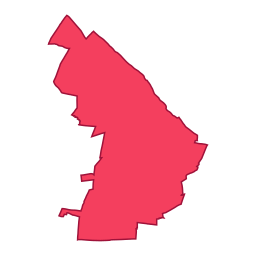 Predesti, Dolj, Romania
{"feature_id": "2599482B93279988577688", "entity_name": "Predesti", "entity_type": "district", "adm_level": 2, "iso_a3": "ROU", "parent_name": "Romania", "parent_adm1": "Dolj", "projection": "equal_earth", "projection_center": [23.59, 44.374], "detail": "fine", "context": "isolated", "style": "filled", "palette": "rose", "viewbox_px": 256, "rotation_deg": 0, "n_neighbors": 0, "source": "geoboundaries", "source_scale": "gbopen_adm2", "svg_char_len": 5522}
<svg xmlns="http://www.w3.org/2000/svg" viewBox="0 0 256 256"><path d="M109.9,240.2L110.1,240.1L111.3,239.8L121.1,239.5L126.8,239.2L133.7,238.9L135.8,238.9L136.3,231.8L136.1,228.8L136.9,228.9L136.9,227.6L137.3,227.6L137.3,222.6L138.9,222.7L140.2,222.9L146.3,223.6L147.7,223.9L149.0,224.0L149.8,224.1L150.4,224.2L151.7,224.3L154.7,224.7L156.7,224.9L156.7,219.1L157.3,219.0L158.0,218.9L158.9,218.9L159.2,218.1L160.8,218.2L160.9,217.8L161.3,217.7L162.6,217.7L163.8,217.9L163.3,217.2L163.0,217.0L162.9,216.7L162.8,215.7L162.7,214.3L162.5,213.6L162.9,213.4L163.4,213.2L165.1,212.8L166.0,212.5L167.0,211.9L170.3,210.1L171.3,209.5L174.4,207.7L177.5,205.7L179.5,204.7L181.1,204.2L181.2,203.8L182.3,200.4L182.8,198.9L184.0,195.5L184.5,194.1L184.4,194.1L184.0,194.4L183.3,194.7L182.6,195.1L182.2,195.2L181.7,195.3L181.3,195.2L181.6,194.8L182.2,194.7L182.5,194.6L182.5,194.2L182.8,193.8L182.8,193.2L182.7,192.3L182.6,191.6L182.6,190.4L182.4,187.8L182.0,185.1L181.6,183.5L181.3,181.9L183.2,180.7L184.0,180.2L186.1,178.9L186.3,178.7L186.1,176.2L186.2,175.6L186.4,175.3L186.6,175.0L187.3,174.6L187.8,174.3L189.5,173.6L189.7,173.4L190.3,173.2L191.7,172.8L192.3,172.5L193.6,171.9L194.0,171.7L194.5,171.4L195.0,170.9L195.7,170.5L196.4,170.2L196.9,169.9L197.1,169.5L197.4,168.9L197.7,168.1L197.9,167.1L196.8,166.6L196.7,166.5L198.9,164.6L199.0,163.8L198.9,163.7L198.5,163.1L201.7,158.4L205.2,149.7L206.3,147.0L207.0,145.5L207.4,145.0L206.7,144.7L205.8,144.5L205.2,144.3L202.4,143.9L201.5,143.8L199.7,143.7L198.4,143.5L195.9,142.9L194.6,142.7L195.3,140.6L197.3,140.6L197.2,140.2L197.2,139.1L197.4,137.9L197.4,135.3L196.3,134.6L194.6,133.6L193.9,133.2L189.3,129.5L186.2,127.2L185.5,126.6L184.1,124.5L183.4,123.8L180.5,119.4L179.8,118.7L179.5,118.2L178.9,117.3L177.7,117.9L176.9,117.9L175.6,116.9L174.5,116.1L173.4,115.7L172.7,115.3L171.2,113.4L170.3,112.5L169.4,111.8L167.9,110.9L167.1,110.3L166.4,109.3L166.0,108.6L166.0,108.3L166.2,107.5L166.2,106.7L165.9,105.7L165.3,104.8L164.8,104.2L164.1,103.5L163.8,103.1L163.2,102.6L161.1,101.0L160.3,100.5L159.4,99.2L158.9,98.3L158.7,97.8L158.1,97.3L157.1,96.4L155.3,94.8L154.5,94.0L153.9,92.8L152.9,90.1L152.4,88.8L151.7,87.6L151.0,86.4L150.4,85.1L149.0,83.0L148.0,81.8L147.1,80.4L146.2,80.3L145.8,79.9L145.1,79.0L144.6,78.4L144.0,76.4L143.7,75.8L143.3,75.3L142.0,74.1L140.0,72.6L138.4,71.1L136.5,69.9L134.4,68.6L132.9,67.2L131.3,65.7L129.3,64.4L127.1,62.5L125.4,60.8L122.3,57.4L120.6,55.5L117.9,53.1L116.9,52.4L116.2,52.2L115.1,51.5L114.3,50.7L113.6,49.6L113.2,49.1L111.5,47.4L110.7,46.7L109.7,46.0L107.9,43.8L105.3,41.3L104.3,40.3L103.6,39.6L102.3,38.6L101.0,37.7L99.1,36.4L97.4,34.9L97.1,34.7L96.6,34.1L96.1,33.8L95.2,32.9L93.9,31.7L93.6,31.3L92.0,32.6L91.3,33.5L89.6,35.1L88.9,35.8L88.5,36.4L87.9,36.8L87.3,37.7L86.8,38.1L86.1,38.9L84.9,37.5L83.7,35.5L81.0,30.8L76.3,25.4L69.2,17.1L68.0,16.1L66.8,15.4L64.7,17.9L63.3,19.9L62.8,20.6L62.0,21.7L61.2,23.1L60.4,24.0L59.8,24.9L59.1,26.2L56.2,30.6L55.3,31.9L51.0,38.3L49.6,41.6L48.9,42.9L48.6,44.1L49.1,44.0L50.4,44.0L51.5,44.0L53.1,43.9L53.8,43.9L54.5,43.8L54.9,43.9L55.3,44.1L56.7,44.4L57.6,44.7L57.8,45.0L58.2,45.4L59.0,45.7L60.4,45.9L61.8,46.1L63.0,46.5L63.6,46.8L63.8,47.0L64.3,47.4L64.9,47.5L65.1,47.7L66.4,48.1L67.1,48.3L67.9,48.4L68.7,48.5L68.9,48.4L69.1,48.4L69.5,48.4L69.3,48.9L68.6,49.9L68.2,50.7L68.1,51.1L67.4,52.2L67.1,52.8L66.2,54.2L65.8,54.9L64.8,56.6L64.6,56.9L64.0,58.0L62.2,60.9L61.1,62.8L60.7,63.5L60.2,64.5L60.2,64.8L59.8,65.9L59.5,66.8L58.1,70.5L56.2,75.8L55.2,78.2L54.6,79.4L53.7,81.4L53.7,81.6L53.8,82.0L54.5,83.6L55.0,84.4L55.6,85.3L55.9,85.7L57.5,87.1L58.4,87.9L60.2,90.3L61.1,91.7L61.3,92.2L61.4,92.4L61.6,92.6L62.0,92.8L62.6,93.0L69.2,94.4L70.7,94.6L72.1,95.0L72.6,95.0L73.2,95.2L73.8,95.3L76.2,95.8L77.1,96.0L77.0,100.2L77.1,104.9L77.1,107.9L75.3,110.2L74.3,111.8L73.1,113.2L71.7,114.9L72.7,115.4L72.8,115.5L73.1,115.5L73.3,115.6L73.5,115.9L73.6,116.0L73.8,115.7L74.1,115.7L74.1,115.8L74.3,115.9L74.6,115.9L75.1,116.3L75.2,116.9L75.0,117.1L75.2,117.3L75.6,117.2L75.8,117.2L76.0,117.0L76.3,117.3L76.4,117.5L76.6,117.6L77.3,117.4L77.5,117.6L77.5,117.8L77.7,118.0L77.8,118.5L77.8,118.8L77.6,119.1L77.8,119.2L78.9,119.6L79.4,120.0L79.2,120.5L79.3,120.7L79.5,120.8L80.0,120.8L80.1,121.0L80.1,121.6L79.9,121.9L79.8,122.4L79.7,122.7L79.6,122.9L79.7,123.3L79.8,124.3L79.6,124.5L79.4,124.4L79.2,124.5L78.8,124.6L78.9,124.8L83.9,125.5L85.8,125.7L95.6,126.5L94.6,129.3L92.9,133.5L91.7,136.7L101.8,133.4L104.7,132.6L104.4,134.0L104.2,135.6L103.9,137.0L103.5,139.1L102.6,143.8L102.1,146.3L101.1,150.7L100.4,155.4L99.9,157.8L101.7,157.7L100.7,159.1L99.0,161.4L96.9,163.7L94.9,166.2L94.4,171.0L94.2,172.1L94.2,172.3L93.9,174.8L93.6,174.5L92.8,174.0L92.3,173.8L91.6,173.7L90.6,173.7L83.7,174.9L83.1,175.0L81.0,175.2L81.2,176.6L81.7,181.2L89.3,180.3L91.8,180.0L93.1,179.9L93.6,179.8L93.2,183.5L93.0,189.1L89.3,190.0L88.2,192.6L86.4,196.1L85.7,197.9L84.3,200.8L84.0,201.6L84.1,202.0L84.1,202.5L83.9,202.9L83.5,203.8L82.9,204.7L82.5,205.9L82.2,207.2L81.8,208.8L81.7,209.0L81.4,209.4L81.3,209.8L81.0,210.6L80.9,211.0L77.0,210.4L75.2,210.2L72.3,210.1L71.0,210.0L68.8,209.7L65.7,209.0L62.9,208.6L62.1,208.6L60.9,211.6L59.0,215.8L59.6,216.0L60.6,216.4L61.7,216.6L63.3,216.6L64.0,215.1L64.3,214.3L65.2,214.4L66.5,214.6L67.0,212.8L68.1,212.9L68.7,213.1L69.8,213.6L72.4,214.9L72.8,215.1L73.8,215.2L75.5,215.6L78.4,216.5L79.1,216.6L79.5,216.8L79.3,218.2L78.9,221.2L78.2,230.0L78.0,233.9L77.7,236.8L77.6,239.8L78.1,239.6L81.7,239.6L86.4,240.0L92.3,240.4L100.4,240.6L106.7,240.4L109.9,240.2Z" fill="#f43f5e" stroke="#9f1239" stroke-width="1.5"/></svg>